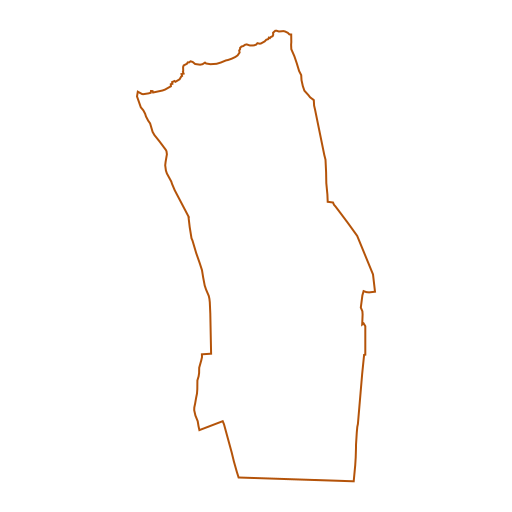 outline of Aana Alofi I, A'ana, Samoa
{"feature_id": "51752279B79579016440908", "entity_name": "Aana Alofi I", "entity_type": "district", "adm_level": 2, "iso_a3": "WSM", "parent_name": "Samoa", "parent_adm1": "A'ana", "projection": "natural_earth1", "projection_center": [-171.93, -13.846], "detail": "fine", "context": "isolated", "style": "outline", "palette": "amber", "viewbox_px": 512, "rotation_deg": 0, "n_neighbors": 0, "source": "geoboundaries", "source_scale": "gbopen_adm2", "svg_char_len": 2282}
<svg xmlns="http://www.w3.org/2000/svg" viewBox="0 0 512 512"><path d="M233.9,461.5L236.8,471.8L238.6,477.5L314.3,480.0L353.7,481.3L355.2,465.5L355.7,457.6L356.0,447.8L356.0,444.9L356.8,432.2L357.3,426.8L357.9,424.0L362.2,373.6L364.1,354.9L365.3,354.7L365.3,326.2L363.6,323.4L362.2,324.5L362.6,314.6L362.4,311.3L360.8,307.6L362.4,295.3L363.6,291.1L366.3,292.1L369.1,292.4L375.0,291.7L373.0,274.4L357.2,235.9L348.5,223.8L340.5,213.1L335.5,206.5L334.0,204.8L333.0,202.5L327.7,201.8L327.4,194.6L326.3,183.1L326.1,172.2L325.5,159.7L324.3,155.0L315.0,109.4L314.1,105.6L313.8,100.1L310.1,97.3L308.4,95.1L304.4,90.7L302.8,86.0L301.5,80.1L301.2,75.1L299.1,71.0L296.8,63.4L294.4,56.3L291.3,49.2L291.1,44.8L291.3,42.1L291.2,34.5L289.4,34.4L287.8,32.8L285.1,31.5L283.5,31.1L278.9,31.5L276.4,30.7L275.2,30.8L273.1,32.7L273.2,34.8L272.6,36.2L270.7,37.1L269.9,38.1L268.9,37.6L268.1,39.2L266.3,39.7L264.7,41.4L260.9,43.5L259.7,43.7L257.4,43.2L256.2,44.6L253.9,45.4L250.7,45.5L249.6,45.4L246.7,44.4L245.0,44.8L243.2,46.1L241.5,46.5L240.1,47.9L240.1,49.1L239.2,50.5L239.6,52.5L237.6,55.4L235.3,57.0L231.7,58.7L228.0,60.0L226.0,60.4L220.9,62.5L216.6,63.8L210.5,64.2L206.1,63.5L205.0,62.6L202.5,64.2L200.1,64.7L195.1,64.0L192.7,62.0L190.6,61.3L189.1,62.4L187.7,62.4L186.9,63.8L183.7,65.4L183.1,67.0L183.2,71.1L182.9,71.8L183.6,73.6L181.5,74.1L182.1,75.9L181.1,76.7L179.6,79.3L175.4,81.8L174.5,81.0L172.1,82.1L172.4,83.8L170.8,84.2L170.9,86.3L170.3,86.6L165.0,89.6L162.5,90.5L153.1,92.5L152.6,91.1L151.0,91.0L150.7,92.8L148.4,93.4L143.1,94.2L142.0,94.0L137.8,91.7L137.0,96.4L140.8,107.3L143.3,110.3L145.1,113.7L146.0,116.5L148.2,120.7L150.1,123.4L152.6,131.9L154.5,135.2L159.4,141.3L165.9,150.0L166.5,151.3L166.9,154.3L165.6,161.9L165.2,165.3L165.9,170.5L166.9,173.5L171.3,181.6L172.0,183.8L174.7,190.2L188.7,216.9L188.5,217.0L189.7,227.1L191.5,238.3L192.5,240.6L196.2,253.1L199.7,263.1L202.0,270.2L203.1,277.1L204.7,285.5L206.0,289.4L208.8,296.0L209.4,298.8L209.8,302.3L210.3,313.7L211.1,353.7L201.9,354.3L202.0,357.1L201.3,360.2L199.2,367.7L199.1,373.1L198.6,376.4L197.4,380.4L197.3,389.2L197.0,393.5L196.1,397.9L195.1,403.7L194.3,407.5L194.2,410.2L195.4,415.5L197.7,421.2L198.5,426.1L199.4,430.1L222.7,421.2L224.0,424.3L231.7,452.5L233.9,461.5Z" fill="none" stroke="#b45309" stroke-width="2"/></svg>